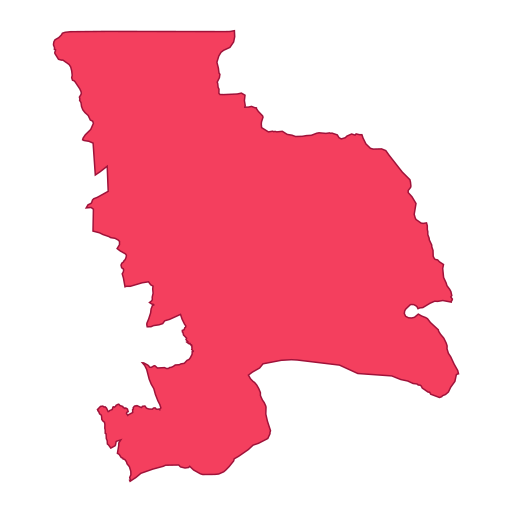 outline of Lambussie-karni, Upper West, Ghana
{"feature_id": "2480657B9523556036154", "entity_name": "Lambussie-karni", "entity_type": "district", "adm_level": 2, "iso_a3": "GHA", "parent_name": "Ghana", "parent_adm1": "Upper West", "projection": "orthographic", "projection_center": [-2.645, 10.837], "detail": "fine", "context": "isolated", "style": "filled", "palette": "rose", "viewbox_px": 512, "rotation_deg": 0, "n_neighbors": 0, "source": "geoboundaries", "source_scale": "gbopen_adm2", "svg_char_len": 6009}
<svg xmlns="http://www.w3.org/2000/svg" viewBox="0 0 512 512"><path d="M458.5,373.8L457.7,370.5L454.1,364.1L450.8,357.0L448.4,353.3L447.0,348.8L447.1,345.9L446.2,343.1L443.8,338.2L440.4,334.1L438.6,331.2L438.3,329.8L430.4,322.5L427.5,318.7L425.7,317.6L421.6,316.0L418.3,314.1L414.5,317.3L411.6,318.0L408.5,317.8L405.6,316.3L404.3,313.5L404.7,310.8L405.8,309.0L410.1,304.9L410.9,304.5L413.7,304.6L415.3,305.4L416.9,306.5L418.0,308.7L419.7,307.9L422.8,307.6L430.1,303.2L434.7,301.2L437.6,301.4L442.8,300.5L451.2,302.1L451.2,301.3L451.9,300.6L452.4,299.1L450.8,296.9L451.8,295.6L450.9,291.6L449.7,289.4L446.9,285.6L446.2,283.1L443.6,277.5L442.7,268.5L443.5,264.5L439.4,261.8L437.6,259.9L435.1,259.4L434.3,258.5L433.2,256.3L433.0,250.4L431.8,246.8L431.7,245.0L429.3,239.9L429.1,238.1L427.8,234.6L427.8,231.6L427.3,229.5L427.3,225.8L426.5,222.9L423.2,223.4L421.1,223.1L416.0,219.5L415.2,217.9L414.2,214.3L416.0,203.5L412.0,196.8L408.2,192.6L408.2,190.5L410.6,187.4L410.9,186.1L410.5,182.2L409.9,179.7L402.2,172.0L388.9,155.0L385.8,150.6L381.6,148.9L373.2,149.1L370.4,148.3L365.9,143.9L363.0,138.0L361.9,134.7L359.6,134.7L356.1,133.9L355.0,135.1L351.6,134.0L346.9,136.1L345.3,137.7L341.3,138.9L339.0,137.7L337.3,134.9L332.0,133.1L330.6,133.3L329.6,132.9L325.9,133.4L319.1,132.8L316.8,133.2L311.3,135.3L306.4,135.6L302.5,136.3L295.5,136.5L292.0,135.2L287.2,134.4L282.3,131.3L276.7,131.9L275.1,131.4L273.7,131.7L272.6,131.2L268.4,131.9L261.6,127.6L261.3,124.1L261.5,121.9L263.0,117.2L262.6,115.9L258.3,111.4L256.5,108.8L256.4,107.9L254.8,107.7L251.5,106.4L248.5,107.1L244.8,107.2L245.2,105.5L244.4,100.6L245.0,95.2L241.4,93.1L237.2,94.0L223.8,94.6L219.9,94.5L218.9,93.3L219.0,89.2L218.1,87.3L217.7,83.5L217.2,82.1L219.4,77.7L219.9,74.3L219.0,73.0L218.4,68.2L216.9,62.2L218.8,56.0L221.0,52.3L223.6,50.3L229.9,47.4L233.6,42.0L234.7,36.7L234.4,30.7L230.0,31.5L225.3,31.6L107.3,31.4L70.5,31.7L65.1,32.3L62.4,33.2L61.4,35.0L58.8,37.6L55.0,39.8L53.9,41.8L53.5,44.1L53.5,45.0L54.5,47.6L54.4,49.4L55.5,49.6L55.4,51.1L54.8,52.2L54.9,53.5L58.5,59.3L61.4,60.1L62.9,60.1L69.1,64.5L70.7,67.0L71.7,70.9L72.2,75.3L71.7,77.7L72.5,80.2L74.1,80.8L75.0,81.7L79.7,88.7L81.1,91.7L81.3,93.3L81.0,94.5L79.4,97.1L79.9,99.0L79.6,100.3L81.0,102.6L81.5,106.4L82.8,109.8L85.0,112.6L88.2,115.5L90.3,120.0L92.7,121.2L93.4,123.4L90.7,129.5L85.3,134.8L83.1,138.1L82.6,139.8L84.0,140.5L88.9,141.3L93.1,143.1L95.3,175.0L99.9,171.9L107.2,166.2L108.2,191.3L97.2,197.4L93.8,198.7L92.5,200.0L91.7,202.4L91.0,203.4L88.0,204.8L86.2,207.9L91.1,207.5L93.4,209.2L93.0,231.1L99.5,232.8L102.9,234.5L109.0,236.6L110.6,237.6L115.0,238.3L118.0,239.9L119.5,241.4L119.5,244.7L117.1,248.6L120.3,251.0L125.3,253.8L125.9,254.4L126.4,255.5L126.1,257.3L125.2,259.6L124.0,260.7L123.6,261.8L121.8,263.2L121.0,265.1L121.6,267.6L122.6,268.6L123.2,268.6L123.7,269.9L123.2,272.2L122.2,273.8L123.4,277.9L125.0,286.8L126.4,286.3L130.3,286.3L142.1,282.8L148.5,281.8L150.7,284.8L153.0,286.1L152.7,289.0L153.1,293.3L152.2,297.1L152.3,299.6L151.6,300.9L149.5,302.5L151.7,304.0L153.6,304.5L153.8,304.9L152.4,305.6L151.1,309.0L150.6,313.0L148.7,318.9L146.9,323.2L146.8,324.7L147.2,326.8L151.0,326.7L153.5,325.6L159.0,324.8L162.7,323.6L164.7,320.8L169.5,319.4L180.5,314.4L182.1,319.2L184.5,324.1L185.8,325.9L185.6,327.2L184.8,327.7L184.1,329.7L182.3,330.4L182.4,332.0L182.9,332.3L183.5,335.0L186.6,338.2L186.0,339.6L187.8,341.7L186.8,342.1L188.7,343.6L189.2,343.4L189.6,343.9L190.1,343.6L190.8,344.8L191.4,344.8L191.3,345.6L192.0,346.0L191.8,347.1L192.1,348.1L191.7,349.5L193.3,351.1L193.0,351.6L192.2,351.7L192.1,354.3L190.3,357.8L189.1,359.4L187.0,360.4L184.3,363.3L180.9,363.9L179.4,364.7L175.2,365.0L173.3,366.4L171.1,367.4L170.0,367.4L168.2,368.5L166.4,368.5L164.5,367.6L157.4,368.0L155.1,365.9L154.2,365.7L151.2,367.4L149.6,367.2L148.5,365.6L147.3,364.8L143.7,362.9L142.4,362.8L144.7,365.5L146.7,369.5L149.2,379.2L151.2,384.1L153.8,388.6L155.4,394.4L157.9,400.8L159.8,404.5L160.9,407.9L159.8,409.0L159.7,409.7L158.8,409.1L157.1,409.3L156.2,409.1L155.4,408.0L154.5,407.9L153.4,408.1L152.4,409.2L148.8,409.0L146.5,408.2L144.9,406.0L142.4,406.3L141.6,407.5L141.2,407.5L136.9,405.6L136.0,406.1L135.2,405.8L134.2,406.4L133.2,407.7L133.3,409.0L132.6,409.6L132.7,412.5L128.2,414.9L127.8,415.4L126.5,413.6L126.7,412.4L128.2,411.6L127.4,409.0L125.8,408.0L125.4,408.0L124.9,408.5L124.6,408.4L123.8,407.6L123.2,407.5L122.8,406.5L119.9,405.5L118.9,404.3L118.3,404.2L116.1,405.3L115.6,406.3L114.2,407.2L113.5,406.8L113.0,407.0L112.2,409.5L109.6,410.6L108.8,411.5L108.1,411.6L106.5,408.1L105.1,406.8L104.1,407.0L102.8,406.1L100.5,406.4L97.5,409.5L97.9,409.9L97.8,410.7L98.7,411.6L99.6,413.9L100.9,414.7L101.5,415.8L101.8,419.4L102.8,420.9L104.5,422.3L104.9,424.7L104.8,428.2L105.2,430.0L105.2,433.3L106.1,433.9L106.3,438.6L107.2,440.7L107.4,444.0L108.5,444.9L110.8,448.1L115.0,445.8L115.5,444.9L116.1,441.7L116.7,441.2L120.8,439.9L118.8,443.0L118.7,445.7L117.4,453.3L119.2,454.4L121.2,457.5L122.8,458.2L123.0,458.9L124.8,459.5L126.4,461.7L127.1,463.9L129.4,466.7L130.8,471.3L130.9,474.8L129.7,477.5L130.3,479.7L130.1,480.4L129.7,480.4L130.1,481.3L136.0,477.4L140.9,473.3L152.8,469.1L163.2,466.3L165.6,465.2L178.7,465.0L180.5,466.9L185.0,468.0L188.6,467.5L189.7,466.3L193.6,470.0L200.4,473.8L202.7,474.5L214.8,474.4L218.7,474.0L223.7,471.8L225.7,470.1L229.1,466.6L233.6,461.0L234.2,458.8L238.6,456.3L248.4,449.5L253.1,445.1L258.5,443.3L267.8,438.5L270.0,433.7L269.9,432.8L270.5,430.7L267.4,421.1L265.8,414.1L266.0,407.1L265.7,405.9L264.2,402.6L262.4,400.0L261.2,397.4L260.4,395.4L260.4,392.6L258.7,388.5L256.7,385.0L254.5,382.4L253.1,381.5L250.5,378.8L248.4,375.1L252.4,372.1L259.6,368.0L263.0,363.8L281.2,360.3L291.4,359.7L297.2,360.0L339.5,365.1L357.8,373.5L391.7,375.9L400.7,379.5L407.7,381.0L413.1,383.5L416.5,383.9L417.6,384.3L418.1,385.0L420.3,385.2L421.3,386.1L422.3,388.1L428.1,392.1L429.6,392.2L430.7,394.2L439.5,397.5L441.7,396.7L442.5,395.7L445.5,394.5L448.4,392.0L450.7,387.2L454.9,381.4L456.3,374.8L457.2,374.1L458.5,373.8Z" fill="#f43f5e" stroke="#9f1239" stroke-width="1.5"/></svg>